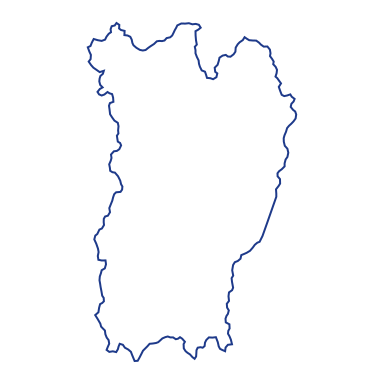 outline of Alegre, Espírito Santo, Brazil
{"feature_id": "56859067B15605132089544", "entity_name": "Alegre", "entity_type": "district", "adm_level": 2, "iso_a3": "BRA", "parent_name": "Brazil", "parent_adm1": "Espírito Santo", "projection": "natural_earth1", "projection_center": [-41.524, -20.728], "detail": "fine", "context": "isolated", "style": "outline", "palette": "blue", "viewbox_px": 384, "rotation_deg": 0, "n_neighbors": 0, "source": "geoboundaries", "source_scale": "gbopen_adm2", "svg_char_len": 4191}
<svg xmlns="http://www.w3.org/2000/svg" viewBox="0 0 384 384"><path d="M263.7,46.6L260.9,44.6L259.0,42.6L256.2,40.6L252.7,40.5L249.2,40.2L246.6,38.6L244.6,37.2L242.8,40.1L239.6,42.3L237.7,44.3L235.7,47.6L235.4,51.7L233.6,54.3L230.5,56.7L227.8,56.5L225.8,54.9L222.6,55.6L219.5,57.7L218.8,60.8L217.6,64.8L214.7,67.7L215.2,71.8L217.3,73.4L216.4,77.2L213.1,79.2L210.3,78.2L207.0,77.9L206.0,74.6L205.0,71.7L201.7,70.4L199.9,66.7L199.0,63.8L198.6,60.4L196.9,57.0L195.5,53.3L195.5,50.1L194.8,46.8L196.8,44.6L196.0,40.3L195.6,35.6L195.5,31.2L198.2,29.7L200.7,27.7L198.9,24.8L195.8,23.9L192.4,24.3L188.9,23.2L185.3,23.6L181.3,23.5L177.3,25.4L176.1,27.9L174.8,30.1L173.7,32.5L172.2,35.5L170.2,37.3L166.6,38.1L164.5,40.5L162.0,41.1L159.4,40.9L156.8,41.3L154.0,44.0L150.6,46.2L148.2,47.9L145.6,50.0L142.8,50.5L139.9,49.9L136.4,47.8L133.5,45.3L132.4,43.0L131.7,39.6L130.3,36.8L127.6,35.5L124.4,35.1L124.6,30.9L121.0,30.0L119.1,28.5L119.3,24.9L116.5,23.0L114.7,25.5L111.7,26.2L110.6,29.2L111.0,32.2L108.7,33.8L106.5,36.7L105.1,39.6L101.7,40.9L97.8,40.2L93.7,39.0L91.8,42.7L90.5,46.0L87.8,47.3L89.4,51.7L90.9,54.9L90.6,59.1L88.7,61.6L91.1,65.1L93.4,67.7L96.0,69.5L99.7,72.1L103.8,70.8L102.9,73.8L100.4,76.0L99.6,78.6L99.3,81.4L100.2,84.9L102.6,87.4L99.8,89.0L97.5,91.9L99.1,94.4L101.7,95.5L104.4,94.5L107.5,92.0L109.5,93.3L112.1,94.1L113.1,97.6L113.4,101.8L109.9,103.1L109.0,105.8L109.5,109.2L110.1,114.3L112.1,117.4L114.4,120.6L117.8,122.8L118.5,126.2L118.1,130.4L118.4,133.5L116.9,135.7L117.3,138.5L117.8,141.6L120.1,143.0L121.1,145.4L119.3,149.2L116.9,150.9L113.9,151.3L111.0,154.5L111.5,158.0L110.7,160.9L109.2,164.3L109.9,167.9L110.2,170.8L112.4,172.2L114.9,172.6L118.0,176.2L120.2,180.6L121.1,184.3L122.4,186.5L122.1,189.6L120.5,191.9L116.1,192.3L114.2,194.2L113.1,197.4L112.3,200.6L110.7,204.6L109.3,208.1L110.0,212.2L107.9,215.7L105.1,216.5L103.8,218.8L103.7,222.1L104.0,225.0L101.9,228.5L99.4,229.6L97.3,234.0L95.3,235.6L94.3,239.4L96.3,243.8L98.0,248.7L98.6,252.1L97.8,256.0L98.4,259.8L101.8,260.5L105.5,260.4L106.0,264.3L104.8,268.4L101.7,270.2L100.9,273.3L99.8,276.5L99.5,280.3L100.1,283.6L100.6,287.0L101.5,291.6L102.2,295.7L103.7,297.9L103.9,301.3L102.2,303.0L100.1,304.1L99.1,307.8L98.4,312.3L95.2,315.1L97.6,318.9L100.3,323.6L101.1,326.6L103.0,328.6L104.9,330.5L105.4,334.3L106.7,337.6L108.6,340.1L109.2,343.7L107.7,347.1L106.6,349.9L109.3,351.9L112.8,351.3L116.2,352.1L117.9,349.2L118.6,346.5L119.7,343.8L122.9,344.8L124.9,347.7L128.2,349.5L130.9,351.8L132.0,354.7L133.2,357.6L134.6,361.0L137.7,360.8L139.5,357.6L141.6,353.5L143.0,350.7L145.0,348.7L147.3,346.4L149.6,343.8L152.8,343.5L156.0,343.0L158.2,342.2L160.0,340.6L162.4,338.4L165.4,337.1L167.8,336.5L170.3,337.4L173.1,337.4L175.8,339.2L178.0,338.7L180.0,337.2L182.2,338.7L184.9,341.8L183.6,344.1L183.8,348.4L185.6,351.2L187.5,352.8L190.0,354.4L192.5,357.2L194.6,358.8L196.1,356.5L196.3,353.8L196.5,350.2L197.7,347.7L200.5,347.2L202.7,347.7L204.6,346.1L205.0,342.6L206.3,340.0L208.9,337.4L212.4,337.6L215.9,337.2L217.8,342.2L218.7,346.3L220.0,348.8L222.1,349.9L225.1,351.2L225.6,347.5L227.9,344.8L232.0,344.3L230.9,339.7L229.5,336.3L228.0,333.7L228.3,330.8L229.6,328.5L229.4,324.3L225.8,322.4L225.5,318.7L226.5,315.9L227.9,313.9L228.8,310.4L227.1,307.6L226.8,303.8L229.0,300.9L228.5,296.2L229.0,292.4L232.1,290.2L233.1,287.7L232.0,281.8L231.6,278.2L233.2,275.6L232.2,270.3L233.1,265.0L234.8,262.2L237.8,261.0L240.5,258.7L241.3,255.1L244.0,254.0L246.7,252.8L250.0,250.8L252.7,247.7L254.8,244.8L257.3,242.7L259.6,241.8L262.5,236.0L267.4,222.2L276.3,196.8L276.3,193.6L276.0,189.3L278.6,186.0L280.1,183.6L280.0,179.1L277.6,176.3L277.5,173.3L279.1,171.2L281.8,169.2L284.6,166.4L284.6,163.4L285.6,159.5L287.4,157.0L288.3,152.7L287.4,148.7L284.8,145.8L283.8,141.7L283.7,138.2L284.5,135.3L286.0,131.8L287.1,128.1L289.0,125.8L291.3,123.7L293.5,121.4L295.6,118.5L296.2,114.5L295.2,111.5L293.0,109.8L290.7,106.9L291.4,103.8L293.6,101.5L294.6,98.9L291.7,96.7L290.3,94.4L287.1,95.5L284.2,96.1L281.7,94.8L280.3,91.2L278.8,86.9L281.0,83.4L278.9,80.5L277.3,78.2L275.5,76.6L276.6,73.2L277.0,69.8L275.6,66.8L273.2,64.2L273.7,61.6L272.0,58.8L270.0,56.1L270.5,53.3L269.9,49.6L267.4,46.5L263.7,46.6Z" fill="none" stroke="#1e3a8a" stroke-width="2"/></svg>